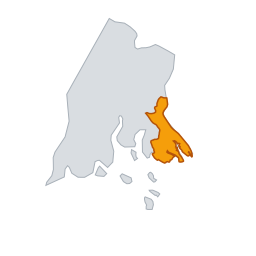 Guinea-Bissau, with Tombali highlighted, rotated 299°
{"feature_id": "GNB-778", "entity_name": "Tombali", "entity_type": "Region", "adm_level": 1, "iso_a3": "GNB", "parent_name": "Guinea-Bissau", "parent_adm1": "", "projection": "equal_earth", "projection_center": [-15.06, 11.313], "detail": "fine", "context": "in_parent", "style": "filled", "palette": "amber", "viewbox_px": 256, "rotation_deg": 299, "n_neighbors": 0, "source": "natural_earth", "source_scale": "10m", "svg_char_len": 4350}
<svg xmlns="http://www.w3.org/2000/svg" viewBox="0 0 256 256"><g transform="rotate(299 128 128)"><path d="M38.0,84.0L41.2,83.2L49.3,84.5L55.5,82.9L59.9,80.4L65.9,76.9L71.6,75.8L89.7,77.3L105.4,73.2L117.0,65.3L127.8,58.1L141.8,58.1L156.7,58.2L178.0,58.3L194.8,58.4L214.7,58.5L214.5,65.0L218.0,74.1L217.5,80.9L216.0,87.3L214.7,89.9L212.9,91.3L207.6,91.3L205.4,92.6L201.8,95.1L201.7,98.1L204.6,100.9L206.9,104.8L209.6,107.9L214.3,111.5L214.7,115.5L214.8,125.5L214.6,133.4L201.5,139.1L191.5,140.1L183.0,139.4L179.3,141.8L171.9,147.7L162.9,151.3L158.2,151.5L156.0,153.6L152.5,159.7L142.7,186.4L139.5,192.8L136.9,196.9L133.9,191.3L136.2,180.8L133.7,181.0L128.7,189.4L126.2,189.7L126.6,179.7L123.8,179.3L120.6,180.0L116.1,174.8L115.7,170.9L116.0,165.4L118.7,161.9L118.4,160.5L115.7,160.1L112.8,161.0L111.0,159.4L114.0,152.3L124.4,146.3L129.7,145.7L135.1,144.4L132.2,139.3L125.8,137.3L120.6,138.7L118.1,142.4L114.9,143.0L109.7,134.3L109.8,130.0L111.7,124.8L114.8,122.5L126.9,122.6L131.5,119.7L133.4,119.1L135.2,116.5L134.8,114.8L132.8,114.7L128.3,118.1L113.6,116.8L109.0,118.9L100.8,126.8L90.8,131.2L83.6,129.3L85.9,118.7L84.9,117.2L82.6,115.5L71.9,118.9L63.9,114.0L60.7,108.2L61.2,100.8L65.1,95.8L65.7,93.4L61.6,92.9L54.3,96.0L38.0,84.0ZM73.2,187.4L68.5,188.6L66.3,184.6L66.0,183.1L68.5,181.8L69.6,181.7L71.5,178.8L73.8,176.9L74.9,176.3L76.1,176.4L76.9,182.8L75.8,185.4L73.2,187.4ZM85.9,154.9L83.1,157.4L80.2,156.3L78.7,154.0L78.9,150.0L82.2,144.3L85.1,145.1L85.9,154.9ZM80.9,121.7L77.8,131.5L74.0,130.4L71.4,124.6L71.1,122.1L78.8,121.3L80.9,121.7ZM96.4,174.9L96.4,178.2L93.9,177.6L93.1,176.6L94.6,170.7L96.8,168.0L99.5,168.5L100.3,169.3L99.8,171.5L98.6,173.4L96.4,174.9ZM106.6,149.2L106.0,151.1L102.7,149.5L107.6,142.8L110.8,141.6L110.7,146.8L108.2,147.9L106.6,149.2ZM86.2,185.6L85.7,187.8L82.2,187.4L83.0,185.2L82.2,184.5L83.2,177.8L83.8,176.7L85.4,179.3L85.7,180.3L86.2,185.6Z" fill="#d9dde1" stroke="#a8b0b8" stroke-width="1"/><path d="M173.1,147.4L167.9,151.2L165.4,151.8L160.5,151.0L158.0,151.3L156.6,152.4L155.5,154.0L149.6,165.4L148.7,168.4L147.6,174.7L141.9,189.3L139.9,192.4L139.9,192.5L138.2,194.8L135.9,196.9L134.4,197.9L133.7,197.8L133.9,196.8L134.3,196.2L134.8,195.9L135.3,195.4L136.2,193.6L136.6,193.1L136.6,192.6L136.1,192.6L135.9,193.3L135.6,194.0L135.1,194.5L134.5,194.8L133.8,194.8L133.1,194.6L132.7,194.1L132.5,193.4L133.5,187.5L133.9,186.6L134.5,186.1L134.9,185.1L135.2,183.9L135.5,183.0L135.9,182.8L136.6,182.8L136.9,182.7L137.0,182.4L136.9,181.3L136.9,181.1L139.4,180.8L139.3,180.1L139.0,179.6L138.6,179.2L138.2,178.9L139.0,177.8L139.4,176.3L139.4,174.8L138.6,174.0L138.0,176.1L137.1,177.6L135.9,178.5L134.5,178.9L134.8,180.2L134.6,181.0L134.0,181.1L133.3,180.5L133.2,180.9L133.0,181.2L132.9,181.6L132.9,182.2L132.6,182.0L132.0,181.6L132.0,183.1L131.7,183.9L131.1,184.4L130.2,185.2L129.6,186.4L128.7,188.6L127.1,191.4L126.5,192.2L125.8,192.6L125.0,192.1L124.1,191.1L123.4,189.9L123.3,189.0L124.0,188.4L125.8,187.2L126.4,186.6L126.7,185.6L127.2,182.2L126.5,175.4L127.2,173.5L125.8,173.7L125.5,174.9L125.7,176.5L126.0,177.8L126.1,179.1L126.0,181.0L125.6,182.4L124.0,181.6L121.9,181.6L121.3,181.4L120.9,181.0L120.5,180.7L120.3,180.5L118.9,180.8L118.2,180.6L117.8,179.7L117.7,178.8L117.3,178.3L116.7,177.9L116.0,177.8L115.1,177.0L114.9,175.1L115.0,171.2L115.1,170.4L115.1,169.8L114.8,169.6L114.4,169.6L114.2,169.5L114.1,169.3L114.1,168.8L114.2,167.9L114.5,166.9L114.6,166.0L114.9,165.3L116.4,162.6L117.0,161.9L117.4,162.0L118.6,162.8L119.3,163.0L119.9,162.7L120.7,161.6L121.3,161.4L121.9,160.9L122.6,159.9L123.2,158.6L123.8,158.1L126.7,154.8L127.8,154.4L128.1,154.5L129.1,155.2L130.1,156.2L130.6,156.4L130.8,156.6L131.0,156.8L131.9,158.4L132.2,158.7L132.6,159.0L133.3,159.5L133.7,159.6L134.1,159.6L136.3,158.6L137.7,158.3L138.0,158.2L138.6,157.8L138.9,157.7L141.2,157.0L141.7,156.7L142.1,156.3L142.7,155.1L143.4,153.2L143.8,152.6L144.0,152.2L144.2,151.9L144.3,151.6L144.4,151.2L144.5,150.7L144.5,150.3L144.5,148.8L144.6,147.8L144.6,147.3L145.4,145.0L148.1,139.8L149.5,136.3L150.6,137.1L150.8,137.8L150.8,138.7L151.1,140.0L152.1,141.8L153.6,143.5L155.2,144.4L156.6,143.8L158.2,141.7L158.8,141.4L159.8,141.5L160.0,141.7L160.7,142.4L161.1,142.6L161.6,142.5L163.3,141.5L164.6,141.2L167.3,140.8L168.7,140.9L171.2,141.7L171.5,142.8L171.5,143.4L171.8,144.8L173.1,147.3L173.1,147.4Z" fill="#f59e0b" stroke="#b45309" stroke-width="1.5"/></g></svg>